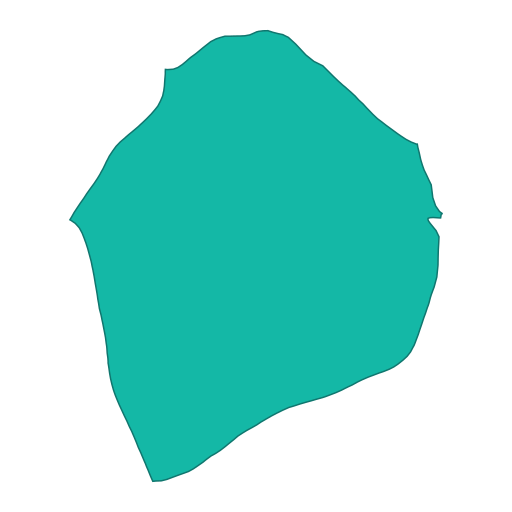 Sah, Hadramawt, Yemen (orthographic projection)
{"feature_id": "15242507B46813891716840", "entity_name": "Sah", "entity_type": "district", "adm_level": 2, "iso_a3": "YEM", "parent_name": "Yemen", "parent_adm1": "Hadramawt", "projection": "orthographic", "projection_center": [48.896, 15.508], "detail": "fine", "context": "isolated", "style": "filled", "palette": "teal", "viewbox_px": 512, "rotation_deg": 0, "n_neighbors": 0, "source": "geoboundaries", "source_scale": "gbopen_adm2", "svg_char_len": 4034}
<svg xmlns="http://www.w3.org/2000/svg" viewBox="0 0 512 512"><path d="M417.3,144.1L417.2,144.1L416.4,144.1L412.6,142.6L411.3,142.1L407.8,140.3L405.9,139.3L400.9,136.0L398.0,134.0L396.6,133.0L391.3,129.1L386.1,125.3L381.5,121.7L380.0,120.6L377.6,118.8L376.3,117.6L374.2,115.6L372.8,114.3L370.8,112.2L367.9,109.2L367.2,108.5L366.0,107.2L362.9,103.8L358.6,99.9L355.1,96.0L354.2,95.2L351.4,92.6L348.0,89.6L346.6,88.4L345.8,87.6L342.6,85.0L338.2,81.0L333.5,76.5L330.1,73.1L326.7,69.7L325.7,68.7L323.3,66.3L322.8,65.8L313.9,61.4L305.9,55.0L295.7,44.1L288.4,37.4L287.4,36.9L285.5,36.0L282.8,34.6L278.0,33.6L272.9,32.3L269.8,31.3L268.0,30.7L263.1,30.8L258.4,31.4L257.4,31.7L256.8,31.8L253.7,33.2L249.8,34.9L244.8,35.8L240.4,36.0L239.5,36.0L237.8,36.0L234.9,36.1L233.6,36.1L230.3,36.2L226.3,36.2L225.0,36.2L220.0,37.6L216.4,38.8L215.7,39.1L214.0,40.0L210.8,41.6L207.0,44.6L203.3,47.5L199.8,50.4L198.6,51.4L195.4,54.0L193.2,55.6L190.7,57.4L188.9,58.9L186.0,61.5L182.5,64.4L182.1,64.7L177.9,67.5L173.3,69.2L167.5,69.6L165.4,69.4L165.3,71.3L165.3,74.0L164.8,80.2L164.4,86.2L164.0,89.1L163.8,90.8L163.4,92.4L162.7,95.9L160.4,101.2L157.9,106.0L156.1,108.3L154.8,109.9L151.1,114.2L149.9,115.4L146.7,118.7L142.5,122.7L140.5,124.5L138.3,126.6L134.3,130.0L128.6,134.7L125.6,137.3L124.9,138.0L124.3,138.5L120.2,142.0L118.6,143.7L116.1,146.3L112.9,150.7L111.3,153.1L109.3,156.1L107.7,159.3L106.4,161.7L105.2,164.3L103.0,168.8L100.8,172.7L100.1,174.1L97.5,178.4L94.1,183.5L90.5,188.4L86.8,193.6L83.7,198.4L80.3,203.2L76.9,208.3L74.0,212.7L73.8,213.1L71.6,217.0L70.9,218.1L69.9,219.8L71.0,220.4L75.1,223.2L75.7,223.8L79.2,227.7L82.1,233.0L84.1,238.0L85.4,241.6L85.7,242.3L87.7,248.5L89.4,254.7L91.1,261.1L91.7,263.9L92.0,265.6L93.1,270.7L93.2,271.4L94.1,276.1L94.4,277.9L95.0,281.6L95.3,283.5L96.0,287.4L97.1,293.9L97.4,295.8L97.8,298.9L98.7,303.9L99.4,308.6L101.0,314.8L101.8,318.6L102.0,319.8L102.8,323.4L103.4,326.5L103.9,329.1L104.4,331.6L104.9,334.2L105.5,337.5L106.2,343.0L106.7,346.3L106.9,348.3L107.2,353.1L107.9,358.1L108.1,361.2L108.1,363.1L108.4,364.7L108.9,367.9L109.6,373.1L110.6,378.8L111.9,384.3L113.4,389.7L114.3,392.4L115.3,395.2L115.9,396.7L117.2,399.9L119.4,405.1L122.1,410.9L123.2,413.3L124.5,416.1L126.9,421.0L129.4,426.7L131.8,431.5L132.5,433.2L134.2,437.1L136.4,442.4L138.4,447.6L140.6,452.3L142.5,456.8L144.7,462.0L145.3,463.3L146.6,466.7L148.1,470.1L148.7,471.6L150.6,476.3L152.8,481.3L155.9,481.0L161.4,480.8L166.9,479.4L172.5,477.3L179.0,474.9L183.8,473.2L187.1,472.0L188.5,471.5L193.2,468.9L198.2,465.5L203.1,462.1L205.6,460.0L207.6,458.5L208.8,457.6L211.4,455.7L212.6,455.1L215.8,453.3L220.5,450.2L225.3,446.5L228.8,443.6L230.3,442.4L233.9,439.5L235.5,438.1L238.1,435.9L242.7,432.9L243.7,432.3L246.8,430.4L252.3,427.4L256.3,425.1L256.7,424.9L261.0,422.0L265.3,419.5L266.1,419.0L270.8,416.3L271.5,415.9L277.0,413.0L278.1,412.5L282.5,410.3L289.0,407.4L291.1,406.8L294.1,405.9L299.9,404.0L306.1,402.2L311.2,400.8L315.9,399.4L322.4,397.6L324.6,396.9L326.8,396.1L331.3,394.4L336.0,392.6L340.5,390.6L341.6,390.1L345.5,388.1L347.0,387.4L347.7,387.0L352.1,385.0L357.3,382.1L362.0,379.8L368.2,377.1L373.8,375.0L378.3,373.3L379.1,373.0L382.7,371.8L384.3,371.2L389.3,369.2L393.8,366.9L398.1,364.0L403.0,360.1L407.2,356.2L410.6,351.8L412.8,347.6L414.0,345.5L415.1,342.8L416.1,340.1L418.2,334.6L419.7,330.0L421.7,324.2L423.8,317.8L425.5,313.2L427.4,307.4L428.1,305.7L429.0,302.9L429.9,299.4L430.3,297.8L431.3,294.6L432.0,292.7L432.8,290.5L434.1,287.1L434.7,284.9L435.5,281.9L436.8,277.1L436.9,276.2L437.4,271.0L437.9,266.1L438.0,264.7L438.1,257.5L438.3,250.4L438.3,250.1L438.7,243.4L439.0,236.8L436.1,230.7L430.1,223.3L428.5,221.0L427.9,219.3L428.1,218.3L429.9,217.7L433.1,217.5L439.4,217.9L440.6,217.9L440.9,216.2L441.2,214.4L441.5,213.8L441.9,213.7L442.1,213.7L442.1,213.4L441.6,213.1L440.0,211.9L439.4,211.4L435.6,205.9L432.8,197.7L431.8,189.6L431.2,184.8L431.1,184.6L428.9,180.1L426.5,174.9L424.1,170.0L422.4,165.2L421.1,161.0L420.6,159.2L419.2,152.7L417.8,147.2L417.3,144.1Z" fill="#14b8a6" stroke="#0f766e" stroke-width="1.5"/></svg>